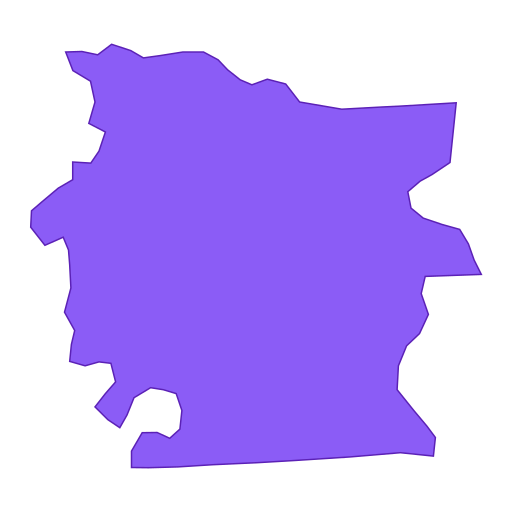 Irati, Santa Catarina, Brazil (Mercator projection)
{"feature_id": "56859067B4292176100261", "entity_name": "Irati", "entity_type": "district", "adm_level": 2, "iso_a3": "BRA", "parent_name": "Brazil", "parent_adm1": "Santa Catarina", "projection": "mercator", "projection_center": [-52.897, -26.627], "detail": "fine", "context": "isolated", "style": "filled", "palette": "violet", "viewbox_px": 512, "rotation_deg": 0, "n_neighbors": 0, "source": "geoboundaries", "source_scale": "gbopen_adm2", "svg_char_len": 1192}
<svg xmlns="http://www.w3.org/2000/svg" viewBox="0 0 512 512"><path d="M456.2,102.8L398.9,106.2L382.0,107.0L341.8,109.2L299.6,102.0L285.7,84.0L267.3,79.2L251.9,84.8L240.2,79.8L227.6,69.8L218.1,59.8L203.5,52.0L182.9,52.0L160.1,55.6L143.4,57.9L130.8,50.6L111.6,44.3L97.7,54.8L81.9,51.5L65.7,52.0L72.9,70.6L90.5,81.2L95.0,102.0L88.8,123.4L105.4,132.0L99.0,151.1L90.8,163.1L72.7,162.0L72.7,179.7L58.3,188.1L42.1,201.7L31.5,210.8L30.7,227.2L44.9,245.3L63.2,237.2L68.5,250.0L69.7,265.0L70.9,288.0L64.5,312.2L74.7,330.5L71.4,344.4L69.7,361.4L85.1,365.8L99.0,361.9L110.9,363.3L115.6,381.9L105.4,393.6L95.0,406.9L107.9,419.7L119.8,427.7L127.0,415.0L134.0,397.7L150.6,387.7L163.3,389.7L176.2,393.6L181.9,410.5L179.9,429.1L169.7,438.3L157.1,432.5L142.2,432.7L131.5,451.1L131.5,467.5L148.6,467.7L177.9,466.9L212.9,464.7L256.9,462.7L294.6,460.5L350.5,456.9L400.4,452.7L433.4,456.1L435.4,437.5L426.9,426.1L413.8,410.5L397.1,389.7L398.4,365.8L406.6,345.8L419.5,333.6L428.4,314.4L421.2,293.6L425.2,276.4L481.3,274.4L474.1,260.0L468.4,243.9L459.7,229.4L441.8,224.4L423.2,218.1L411.0,208.1L407.8,191.7L420.2,181.1L432.1,174.5L450.0,162.5L456.2,102.8Z" fill="#8b5cf6" stroke="#5b21b6" stroke-width="1.5"/></svg>